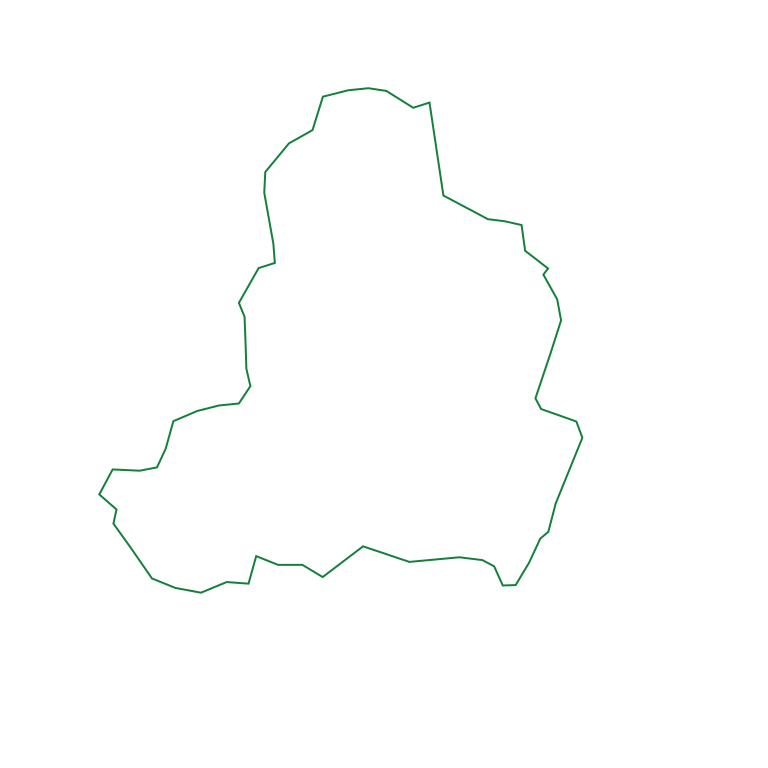 the district of Bulqizë, Dibër, Albania, rotated 115°
{"feature_id": "67620474B60153855067708", "entity_name": "Bulqizë", "entity_type": "district", "adm_level": 2, "iso_a3": "ALB", "parent_name": "Albania", "parent_adm1": "Dibër", "projection": "robinson", "projection_center": [20.355, 41.469], "detail": "fine", "context": "isolated", "style": "outline", "palette": "green", "viewbox_px": 768, "rotation_deg": 115, "n_neighbors": 0, "source": "geoboundaries", "source_scale": "gbopen_adm2", "svg_char_len": 946}
<svg xmlns="http://www.w3.org/2000/svg" viewBox="0 0 768 768"><g transform="rotate(115 384 384)"><path d="M117.4,505.8L122.5,523.1L132.8,540.4L149.4,560.8L184.1,556.1L206.0,571.8L242.0,581.2L261.2,573.4L303.7,543.5L320.4,534.1L331.9,546.6L371.8,549.8L382.0,538.8L406.5,526.2L428.3,515.2L442.4,504.2L463.0,507.3L473.3,524.6L487.4,541.9L506.7,559.2L535.0,554.5L555.5,554.5L565.8,568.7L576.1,593.8L604.4,595.4L610.8,573.4L624.9,570.2L639.0,545.1L658.3,512.1L657.0,486.9L650.5,461.7L630.0,442.9L622.2,422.4L594.0,427.1L592.7,403.6L582.4,381.5L584.9,358.0L540.0,334.4L534.5,285.8L509.2,242.5L502.0,220.4L502.7,207.1L516.4,191.2L510.6,179.7L484.6,177.0L457.9,177.0L448.6,172.6L419.7,177.9L348.9,181.5L336.7,193.8L340.3,231.0L333.0,240.7L286.1,246.0L251.5,250.4L234.1,262.8L217.5,285.8L210.0,284.1L203.6,312.4L181.8,326.5L185.6,343.8L190.7,359.5L188.1,409.8L109.7,461.7L121.3,474.3L117.4,505.8Z" fill="none" stroke="#15803d" stroke-width="2"/></g></svg>